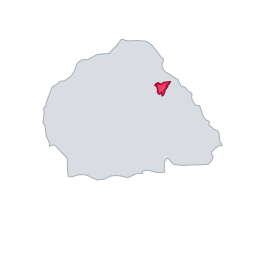 Young, Río Negro, Uruguay shown in context, rotated 134°
{"feature_id": "84410073B75635115155614", "entity_name": "Young", "entity_type": "district", "adm_level": 2, "iso_a3": "URY", "parent_name": "Uruguay", "parent_adm1": "Río Negro", "projection": "albers", "projection_center": [-57.732, -32.654], "detail": "fine", "context": "in_parent", "style": "filled", "palette": "rose", "viewbox_px": 256, "rotation_deg": 134, "n_neighbors": 0, "source": "geoboundaries", "source_scale": "gbopen_adm2", "svg_char_len": 3995}
<svg xmlns="http://www.w3.org/2000/svg" viewBox="0 0 256 256"><g transform="rotate(134 128 128)"><path d="M195.8,171.8L194.3,173.0L192.7,175.4L190.7,181.0L184.5,188.7L183.2,193.1L176.7,197.6L172.0,202.7L169.1,202.4L166.4,204.6L151.2,211.0L145.8,209.6L141.8,209.5L138.1,206.4L129.7,205.1L124.3,206.2L117.1,209.4L115.0,209.4L113.4,209.2L109.6,207.7L107.5,204.8L96.5,201.3L87.7,193.6L77.2,193.4L69.1,194.4L67.9,193.4L67.1,191.4L65.4,188.6L58.4,181.8L52.9,175.2L51.8,168.6L52.5,161.4L54.1,152.9L53.8,150.2L55.8,148.7L57.9,148.4L59.8,146.2L61.5,142.8L61.8,140.3L60.4,135.7L59.5,129.1L58.3,125.9L60.6,120.8L60.7,118.3L59.4,116.1L59.0,113.9L59.6,111.5L59.5,109.3L58.6,107.2L59.2,105.4L61.3,104.0L62.9,101.9L63.9,99.0L64.4,96.8L64.4,95.3L63.8,93.9L62.5,92.5L63.1,89.8L65.5,85.8L67.1,82.3L67.9,79.2L67.8,76.7L67.0,74.8L67.3,73.5L68.9,72.8L69.6,70.8L69.3,65.8L67.7,61.6L68.9,58.4L72.4,54.6L74.3,51.5L74.4,49.2L75.5,47.9L77.2,50.4L82.1,51.1L87.1,51.2L88.0,50.5L89.9,46.4L92.6,45.3L95.4,45.0L98.5,45.2L101.7,48.0L110.9,57.0L117.6,63.3L119.7,66.2L121.4,68.4L122.7,70.5L122.1,75.7L122.1,78.0L122.4,78.7L124.0,78.8L126.3,78.5L128.2,77.4L129.8,75.7L131.3,74.3L132.5,73.6L132.9,72.5L133.6,71.4L134.3,71.1L135.7,72.0L138.8,75.1L141.1,78.0L141.7,79.6L142.6,81.3L143.6,82.7L144.3,84.2L146.6,86.1L149.0,87.3L150.6,86.1L154.6,90.1L163.5,93.5L165.1,95.5L166.5,98.3L169.5,102.6L173.8,106.5L177.2,108.2L180.5,109.2L182.3,110.1L183.6,111.6L185.5,113.2L186.8,113.9L187.2,115.3L188.4,118.3L189.6,122.2L191.0,125.8L194.1,129.4L197.6,132.2L201.3,133.9L203.4,135.8L204.2,137.8L201.5,140.6L198.6,144.1L196.1,146.8L193.5,148.7L192.6,150.0L192.0,152.1L191.5,163.4L191.2,167.6L191.3,168.7L191.6,169.4L193.2,170.6L195.0,171.6L195.8,171.8Z" fill="#d9dde1" stroke="#a8b0b8" stroke-width="1"/><path d="M73.5,128.1L73.4,128.1L73.3,128.3L73.2,128.3L72.9,128.3L72.8,128.2L72.7,128.1L72.5,128.3L72.4,128.3L72.3,128.2L72.2,128.3L72.0,128.2L71.9,128.2L71.8,128.3L71.8,128.2L71.7,128.2L71.7,128.3L71.4,128.3L71.3,128.5L71.2,128.5L71.3,128.6L71.2,128.7L71.2,128.9L71.2,129.0L71.0,129.3L71.1,129.5L70.9,129.8L70.8,129.7L70.7,129.6L70.5,129.8L70.7,130.0L70.4,130.1L70.3,129.9L70.2,129.8L69.9,129.7L69.7,129.7L69.6,129.4L69.4,129.4L69.2,129.4L69.2,129.5L69.2,129.4L69.0,129.2L68.9,129.2L68.7,129.0L68.4,129.2L68.2,129.0L68.1,129.3L67.9,129.5L67.7,129.5L67.7,129.4L67.5,129.5L67.4,129.6L67.2,129.7L66.9,129.5L66.7,129.5L66.4,129.7L66.2,129.6L65.9,129.5L65.7,129.5L65.4,129.6L65.4,129.9L65.8,130.0L66.1,130.4L66.5,130.6L67.2,131.4L67.3,131.5L67.5,131.7L67.9,131.7L68.4,132.1L69.0,132.5L69.2,132.8L69.4,133.1L69.5,133.2L69.8,133.3L70.0,133.7L70.3,133.6L71.0,133.8L71.4,134.1L71.7,134.2L72.3,134.2L73.4,134.1L73.5,134.5L74.2,135.1L74.0,135.6L73.9,135.9L74.8,136.3L74.5,136.5L74.4,137.0L74.5,137.5L74.6,137.8L74.8,138.0L75.0,137.8L75.3,137.9L75.5,138.1L75.9,138.1L76.1,138.1L76.2,137.8L76.3,137.8L76.8,138.0L77.0,138.2L76.9,138.3L77.1,138.6L77.3,138.4L77.6,138.2L77.8,138.2L78.0,138.2L78.4,138.3L78.4,138.2L78.5,138.2L78.5,137.7L78.3,137.5L78.3,137.4L77.7,137.3L77.9,136.6L77.7,136.4L78.0,136.3L78.0,136.0L78.2,135.9L78.5,135.5L78.4,135.4L78.3,135.1L78.4,134.9L78.7,134.8L78.7,134.7L78.8,134.6L78.9,134.3L79.0,134.3L79.0,133.9L79.5,133.9L79.8,133.6L80.0,133.0L80.3,132.7L80.3,132.4L80.5,132.3L80.9,132.3L81.2,132.3L81.2,132.2L81.2,131.7L81.3,131.6L81.5,131.4L81.3,131.1L81.9,131.0L81.9,130.9L81.9,130.7L82.0,130.5L82.1,130.2L82.0,129.9L82.0,129.4L81.8,129.1L81.6,128.9L81.5,128.7L79.0,128.8L79.3,128.3L81.0,125.9L80.4,125.6L80.4,125.8L80.1,125.7L79.8,125.8L79.6,125.9L79.2,126.0L78.9,125.9L78.6,126.1L78.3,126.0L78.0,126.1L77.7,126.2L77.7,126.3L77.4,126.5L77.5,126.7L77.5,126.8L77.4,126.8L77.3,127.0L77.2,127.1L77.0,126.9L76.7,126.8L76.6,127.0L76.3,127.1L76.2,127.2L76.1,127.3L76.1,127.5L76.0,127.8L75.9,127.8L75.9,127.7L75.7,127.5L75.6,127.8L75.4,127.8L75.4,128.0L75.2,128.0L74.9,128.2L74.7,128.0L74.7,127.9L74.3,127.8L74.1,127.8L74.0,128.0L73.9,128.0L73.7,128.1L73.4,128.2L73.5,128.1Z" fill="#f43f5e" stroke="#9f1239" stroke-width="1.5"/></g></svg>